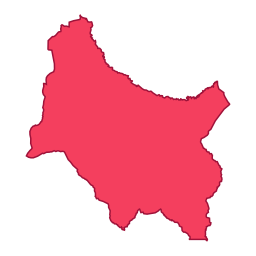 outline of Maswa, Simiyu, United Republic of Tanzania
{"feature_id": "72390352B27931879401730", "entity_name": "Maswa", "entity_type": "district", "adm_level": 2, "iso_a3": "TZA", "parent_name": "United Republic of Tanzania", "parent_adm1": "Simiyu", "projection": "albers", "projection_center": [33.824, -3.202], "detail": "fine", "context": "isolated", "style": "filled", "palette": "rose", "viewbox_px": 256, "rotation_deg": 0, "n_neighbors": 0, "source": "geoboundaries", "source_scale": "gbopen_adm2", "svg_char_len": 5751}
<svg xmlns="http://www.w3.org/2000/svg" viewBox="0 0 256 256"><path d="M26.4,155.9L28.5,157.2L31.0,157.8L33.3,157.8L37.6,156.2L42.4,153.3L43.7,153.6L46.4,152.3L49.8,152.1L51.0,151.7L51.7,151.9L54.1,150.7L55.8,151.5L57.4,150.9L58.3,150.8L60.6,151.6L62.6,151.3L64.0,151.6L64.6,152.2L68.2,159.6L70.6,162.1L73.1,165.5L77.6,169.5L77.1,171.1L78.5,173.6L78.5,174.5L79.2,175.2L80.9,176.1L82.4,177.7L84.5,178.5L85.0,179.2L86.0,179.4L86.4,180.0L87.2,180.3L90.7,184.7L92.9,185.9L93.1,187.0L94.6,188.3L94.5,190.9L95.4,192.8L95.5,195.5L95.2,196.4L95.8,197.0L96.5,198.7L98.0,198.4L98.9,199.9L99.6,200.3L102.9,201.3L108.1,203.8L108.6,205.2L108.6,207.3L110.2,210.8L109.8,214.9L110.2,215.8L109.7,217.7L110.8,220.6L112.6,222.7L113.4,222.6L114.4,223.8L116.3,224.0L116.7,224.6L117.6,224.8L117.8,225.6L120.1,227.6L120.8,227.6L121.5,227.0L122.0,227.8L121.8,228.9L122.2,229.5L124.3,230.1L124.2,229.6L124.6,229.3L124.1,227.7L125.5,226.9L127.2,226.7L127.4,225.2L128.1,224.8L128.4,224.0L129.4,223.6L129.5,221.5L131.2,220.2L131.7,220.2L132.3,219.3L134.9,217.6L134.9,216.6L136.0,214.5L136.2,213.3L137.2,212.8L137.6,210.7L139.2,209.2L139.6,209.1L139.8,209.5L140.9,212.6L143.1,212.2L143.8,213.7L147.1,214.1L155.2,212.8L158.5,210.8L159.0,210.1L160.6,209.1L161.0,209.4L161.4,212.0L163.1,213.3L163.8,214.8L164.3,214.8L164.3,215.5L165.3,216.2L165.7,216.9L166.4,217.1L166.7,218.0L168.8,218.9L170.0,220.0L171.2,219.9L171.4,220.5L172.0,220.0L172.4,220.1L172.6,220.6L173.9,221.2L174.4,222.0L175.0,222.3L177.6,222.4L179.2,224.7L179.4,226.0L181.8,227.2L182.1,230.5L182.7,231.3L183.8,232.2L185.0,232.1L187.7,233.7L188.8,235.7L189.9,236.4L190.1,238.3L190.0,238.8L189.4,239.1L189.5,239.4L204.5,239.4L205.4,239.4L206.9,240.6L207.4,239.8L207.2,238.9L206.3,237.7L206.3,237.0L205.2,236.5L205.5,234.7L205.4,231.0L206.1,229.9L205.6,229.5L206.5,227.9L206.4,226.7L207.5,226.3L208.7,225.4L209.8,225.6L210.6,224.5L210.9,222.8L210.1,222.6L209.7,221.9L209.5,218.2L207.0,217.5L206.5,217.2L206.2,216.5L206.2,214.9L206.8,213.5L208.4,212.3L208.0,210.5L208.8,209.2L208.9,208.3L207.4,203.4L205.8,200.9L206.8,198.3L210.1,197.6L210.5,196.4L211.7,196.5L213.0,195.1L213.1,194.1L214.0,192.7L216.4,191.0L216.7,189.3L217.2,188.6L217.2,187.2L218.2,186.9L218.5,186.2L219.3,185.6L219.7,184.3L219.5,182.8L219.9,182.0L220.3,181.6L221.2,181.6L221.6,181.1L221.4,180.7L221.9,179.8L221.8,177.9L221.0,176.4L221.6,174.6L221.0,173.7L221.0,172.1L220.7,171.4L221.9,168.9L220.1,167.6L220.1,166.2L218.9,165.2L217.2,161.6L215.6,161.6L215.0,160.6L214.0,160.3L212.4,159.0L212.2,157.9L212.4,155.2L212.0,155.0L211.6,153.9L211.3,153.6L209.7,153.7L208.9,152.0L207.4,151.9L206.6,151.2L206.1,149.5L205.5,149.5L204.1,148.3L203.5,148.3L201.4,143.5L200.7,142.7L200.6,141.3L201.4,138.6L203.9,137.5L207.3,135.2L208.4,133.6L208.4,131.5L209.0,130.7L210.8,129.4L215.3,120.8L224.1,109.1L228.9,105.1L229.6,104.3L229.5,103.9L227.7,101.7L224.7,96.5L223.8,94.2L223.8,92.6L218.8,88.9L217.6,84.9L217.4,81.4L217.1,81.3L216.1,81.6L215.9,82.4L214.7,82.5L214.7,83.2L213.7,83.8L213.8,84.5L212.9,85.7L213.5,86.5L213.3,87.0L211.9,86.3L210.8,87.5L209.0,87.6L208.2,88.5L207.9,87.8L207.6,87.8L207.0,88.6L206.5,88.5L205.7,89.0L205.2,89.3L205.0,90.2L203.9,90.7L203.5,91.5L202.8,91.1L202.9,91.9L201.9,92.8L201.6,92.8L201.5,93.3L200.7,93.4L200.0,94.1L199.0,96.1L198.6,95.0L197.4,95.8L196.7,96.6L197.5,96.8L197.6,97.1L196.9,97.4L196.1,98.4L195.6,97.8L195.1,97.9L194.7,98.7L194.3,98.6L194.5,97.8L194.1,97.8L194.0,97.0L193.8,96.9L191.8,97.6L191.5,98.3L191.2,98.0L191.3,97.3L190.2,96.8L189.3,97.5L188.6,97.3L188.4,96.7L187.9,96.5L187.6,97.1L186.9,97.3L186.6,97.8L186.7,98.3L187.2,98.5L187.5,99.0L188.3,98.9L188.4,99.5L188.0,100.2L187.0,100.3L186.7,100.6L185.8,100.5L185.2,99.9L184.3,99.6L182.6,99.7L182.1,100.0L181.1,99.0L180.7,98.9L180.3,99.9L178.7,99.9L178.0,98.9L176.7,99.4L176.4,98.8L175.7,99.4L174.9,99.1L173.7,99.5L172.2,98.0L171.4,98.1L170.7,98.7L169.8,97.6L168.8,97.4L168.0,96.5L166.2,96.7L164.8,97.9L164.3,97.9L162.5,97.0L162.4,95.8L161.2,95.6L159.9,96.0L159.4,94.9L159.0,94.7L157.0,95.6L152.8,92.8L151.2,91.3L150.6,91.2L149.4,91.5L148.5,91.4L146.4,90.1L144.2,89.9L142.3,88.8L138.1,85.2L137.2,86.3L136.8,86.5L136.3,86.3L136.2,85.5L133.8,84.5L131.1,82.6L131.4,82.0L132.3,81.2L132.3,80.9L130.4,80.5L130.1,78.9L129.8,78.4L128.7,78.8L128.2,78.5L128.0,77.3L128.3,75.8L126.1,75.4L125.0,74.7L123.7,74.8L123.1,74.0L121.8,73.4L120.7,73.4L119.2,72.7L117.6,72.9L117.3,72.0L116.9,71.7L115.4,71.4L114.2,70.5L112.6,69.9L112.3,69.3L112.6,68.0L112.0,67.3L110.3,67.5L108.2,66.4L108.8,65.6L107.5,64.1L106.3,63.9L105.9,62.7L105.0,61.9L104.9,59.6L104.1,59.2L103.5,57.8L104.3,57.5L104.1,56.4L102.8,56.3L102.8,55.8L103.9,54.5L103.5,52.6L102.5,52.4L101.4,51.6L101.1,49.7L99.7,48.3L97.8,48.4L97.7,47.2L95.4,44.2L95.7,42.3L95.4,40.6L94.5,41.1L93.9,40.9L93.2,39.8L91.8,38.6L92.3,38.0L90.6,36.7L90.9,36.0L92.0,35.6L92.0,35.3L91.6,34.7L90.4,34.1L90.1,33.1L91.0,29.8L90.7,27.7L91.8,27.1L92.6,25.6L91.8,22.2L91.5,21.9L89.6,22.1L87.9,21.8L86.8,19.5L85.8,19.1L86.2,18.5L82.5,17.6L80.8,16.3L80.2,15.4L79.9,15.9L80.5,16.9L80.1,19.2L79.8,19.5L73.7,20.7L69.2,22.2L69.1,26.8L66.2,26.1L64.5,26.3L63.1,25.4L62.0,24.8L61.7,25.0L61.0,25.8L61.3,26.5L60.7,28.9L61.0,30.5L60.8,31.5L58.5,32.0L55.5,35.5L53.8,36.6L52.4,36.6L48.2,40.6L48.0,49.2L48.5,49.8L51.8,50.2L54.4,63.7L54.5,69.1L53.7,71.7L50.2,73.4L47.6,75.7L46.4,77.6L46.1,79.9L46.4,84.3L45.5,83.8L43.8,83.4L43.6,83.6L43.8,86.4L42.7,90.4L42.7,92.2L43.4,94.5L45.2,96.8L43.8,101.3L43.5,104.7L42.8,107.6L43.6,109.3L43.6,111.0L42.9,112.7L43.0,114.5L42.5,115.5L43.0,116.6L42.5,117.5L42.6,118.3L41.6,121.6L41.0,121.7L39.3,124.2L37.6,125.2L35.9,125.5L35.3,125.1L34.5,125.9L33.2,126.1L31.2,128.2L30.8,129.2L29.9,131.5L30.0,134.7L30.8,138.5L30.7,143.5L32.1,148.0L31.6,148.9L29.8,150.7L27.7,153.3L26.4,155.9Z" fill="#f43f5e" stroke="#9f1239" stroke-width="1.5"/></svg>